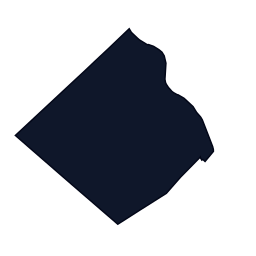 Ohio, West Virginia, United States of America, rotated 131°
{"feature_id": "52423323B20153460814432", "entity_name": "Ohio", "entity_type": "district", "adm_level": 2, "iso_a3": "USA", "parent_name": "United States of America", "parent_adm1": "West Virginia", "projection": "orthographic", "projection_center": [-80.674, 40.101], "detail": "fine", "context": "isolated", "style": "filled", "palette": "ink", "viewbox_px": 256, "rotation_deg": 131, "n_neighbors": 0, "source": "geoboundaries", "source_scale": "gbopen_adm2", "svg_char_len": 675}
<svg xmlns="http://www.w3.org/2000/svg" viewBox="0 0 256 256"><g transform="rotate(131 128 128)"><path d="M207.5,208.1L207.5,150.8L207.5,149.8L207.5,133.0L207.3,72.6L182.5,65.3L152.1,56.2L130.6,56.1L102.5,54.4L102.9,54.0L103.8,51.2L102.6,50.9L102.7,47.9L89.6,48.2L88.2,49.5L86.5,51.9L74.3,75.0L73.1,77.3L72.1,80.3L71.2,86.6L69.2,92.9L68.8,105.2L70.1,112.0L70.6,112.8L71.4,116.6L71.6,118.8L70.9,124.1L69.9,127.7L69.1,129.5L67.0,132.1L54.2,141.9L49.8,148.0L48.5,152.1L48.6,156.1L49.6,162.3L51.6,167.3L52.5,168.1L54.0,177.2L54.0,179.6L53.7,186.7L53.6,188.3L52.3,192.2L80.5,194.8L98.7,196.7L111.2,197.9L207.5,208.1Z" fill="#0f172a" stroke="#020617" stroke-width="1.5"/></g></svg>